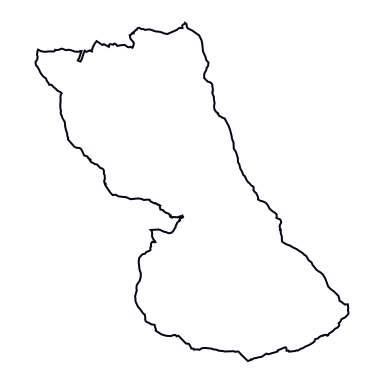 Otesani, Vâlcea, Romania (Mercator projection)
{"feature_id": "2599482B27410059128646", "entity_name": "Otesani", "entity_type": "district", "adm_level": 2, "iso_a3": "ROU", "parent_name": "Romania", "parent_adm1": "Vâlcea", "projection": "mercator", "projection_center": [24.032, 45.056], "detail": "fine", "context": "isolated", "style": "outline", "palette": "ink", "viewbox_px": 384, "rotation_deg": 0, "n_neighbors": 0, "source": "geoboundaries", "source_scale": "gbopen_adm2", "svg_char_len": 5885}
<svg xmlns="http://www.w3.org/2000/svg" viewBox="0 0 384 384"><path d="M348.5,312.9L347.9,309.8L348.3,308.6L347.8,304.3L344.8,304.5L341.5,301.9L339.4,300.7L339.3,298.7L338.3,295.8L334.3,291.8L330.3,288.7L328.2,286.5L325.3,278.6L322.9,274.5L320.4,272.4L317.2,270.4L316.1,269.4L312.5,264.8L311.6,262.5L308.4,260.0L307.0,257.1L305.8,255.7L304.1,254.7L303.4,253.7L296.6,249.1L292.5,247.2L290.4,245.8L286.2,244.2L282.3,241.9L282.0,241.3L281.9,239.6L281.8,236.3L280.9,233.8L280.6,231.5L280.8,230.8L280.1,230.1L280.6,229.7L280.1,229.3L280.3,228.8L279.8,227.3L279.6,226.3L280.0,224.8L281.1,222.7L281.1,221.7L280.5,220.0L280.0,219.4L276.3,217.8L276.7,216.6L276.6,214.4L275.6,213.3L271.9,210.8L269.4,208.5L268.5,206.4L266.6,203.6L265.0,202.3L261.9,201.1L260.0,200.7L258.0,199.3L258.1,197.6L257.2,195.1L256.4,193.9L256.3,193.2L254.4,191.6L253.4,190.1L253.7,187.7L253.6,187.0L250.7,184.9L249.4,183.1L248.4,182.5L246.5,180.0L244.9,176.2L243.5,175.3L241.8,171.2L240.3,168.6L239.2,164.0L238.3,162.9L237.9,161.1L237.9,158.2L236.4,153.3L235.8,151.7L233.8,148.7L233.5,142.4L232.1,139.0L231.5,135.5L230.1,129.9L228.2,124.9L227.4,123.7L224.7,118.5L222.5,117.8L221.7,117.1L219.0,115.8L218.3,114.2L217.9,114.0L218.1,113.6L217.8,113.0L216.2,112.0L214.6,109.8L214.0,106.6L214.6,103.1L214.0,100.1L213.9,97.1L212.3,93.1L212.4,92.0L212.6,92.0L212.7,91.2L212.9,89.2L212.3,86.3L212.3,84.7L211.5,83.3L210.6,82.9L209.9,82.2L207.8,81.7L204.2,78.1L204.2,74.2L204.5,73.3L206.4,69.6L206.7,67.8L208.0,66.1L208.4,63.7L208.4,62.4L206.3,60.2L205.3,56.5L203.0,51.4L202.4,45.2L201.7,40.7L199.2,35.5L192.3,30.6L187.7,28.3L186.8,26.6L186.6,24.4L186.2,23.7L185.2,23.0L185.2,23.7L183.7,24.2L182.1,25.6L182.5,28.1L179.4,27.9L176.4,30.1L167.4,34.0L164.0,33.4L161.9,32.4L158.9,31.7L155.5,31.4L150.1,29.5L148.7,29.4L145.1,29.9L143.1,29.0L141.5,29.1L139.2,27.8L137.5,28.2L136.8,29.8L135.4,30.1L135.2,30.8L134.1,31.6L133.7,33.1L132.9,32.6L132.4,32.7L132.3,33.7L131.6,33.8L131.2,34.5L129.7,35.2L130.5,38.8L133.7,42.5L133.7,44.6L132.8,47.3L132.4,47.8L130.5,46.8L129.0,47.3L127.9,47.1L124.7,45.0L121.7,45.1L117.2,45.9L116.1,44.4L114.3,43.6L113.1,44.8L112.4,44.4L109.6,44.2L109.1,45.2L108.8,46.8L103.9,44.2L102.4,45.0L96.6,41.1L94.4,44.1L93.9,45.4L92.9,46.9L92.7,48.2L92.1,49.4L91.8,50.8L91.9,51.4L90.7,51.0L90.0,50.3L86.4,51.9L84.7,50.7L83.9,52.5L81.9,58.8L80.5,61.5L79.3,61.3L77.8,60.4L79.2,58.0L81.5,51.0L79.9,51.1L79.0,51.8L75.0,51.6L70.7,50.1L68.0,49.7L66.3,50.2L61.6,48.6L58.8,49.8L56.1,50.1L55.2,49.8L54.8,50.9L53.7,51.5L48.5,51.4L45.8,51.8L44.0,51.8L40.8,51.1L38.1,49.6L37.5,51.2L37.0,54.4L37.0,55.0L37.6,56.2L37.5,58.1L37.1,59.8L35.5,62.0L35.7,64.0L36.2,65.6L37.2,66.4L39.1,69.6L39.7,71.2L41.3,74.1L43.3,76.5L45.9,78.4L47.1,81.3L48.4,82.9L49.3,84.9L50.6,84.6L51.8,85.1L53.5,87.0L56.3,89.3L57.3,90.6L60.1,91.9L61.7,93.2L60.8,94.8L60.4,97.2L60.6,98.9L60.5,102.7L60.2,104.1L60.4,105.6L60.3,107.8L61.0,111.2L60.6,112.9L61.2,114.9L62.0,116.2L62.3,117.8L64.8,122.1L65.1,126.0L65.8,129.4L67.2,133.7L67.4,136.4L68.2,137.9L68.0,138.8L68.1,139.6L74.4,146.8L76.1,147.6L79.7,148.1L80.9,148.8L82.7,152.0L84.0,155.3L87.5,156.6L88.2,158.1L88.8,158.6L89.7,158.8L90.5,159.8L89.8,160.2L91.1,162.1L93.4,163.1L94.6,164.0L97.1,164.5L100.1,167.8L102.1,168.5L103.4,169.5L103.9,170.7L103.9,173.7L104.8,175.7L104.7,177.1L104.9,178.6L104.1,181.2L104.2,181.8L105.2,183.2L104.7,183.1L104.7,183.5L105.4,185.3L110.2,192.5L112.7,195.1L115.7,194.7L118.5,196.4L126.1,197.2L130.6,199.2L138.4,198.4L141.6,199.0L143.9,200.0L147.3,199.6L149.6,199.8L149.7,200.5L151.2,201.8L154.9,203.5L155.5,203.1L158.0,204.8L158.6,204.7L160.2,205.6L159.7,206.0L160.3,209.4L163.1,210.2L163.2,210.7L165.8,212.7L168.6,213.6L169.9,215.2L170.6,215.2L170.7,215.5L170.2,216.1L170.7,216.4L170.4,216.8L171.0,217.2L171.3,216.7L172.4,217.6L173.1,217.0L177.8,217.3L178.7,217.1L179.2,216.6L180.3,216.5L180.5,216.2L181.6,216.3L182.4,215.6L183.1,217.1L181.8,217.9L179.8,218.0L180.1,218.7L179.7,219.4L180.1,220.0L178.9,221.0L179.1,221.3L178.3,221.6L176.9,223.2L176.6,224.5L175.8,225.4L175.6,227.4L174.6,228.4L174.4,229.2L172.8,231.6L171.3,232.7L169.8,233.2L168.5,233.2L166.0,232.1L163.0,231.4L160.9,230.2L158.7,229.5L150.7,230.0L151.8,231.3L152.2,233.5L152.0,235.8L152.4,237.4L153.2,239.0L155.2,241.5L155.4,242.1L154.0,242.3L152.5,241.7L152.0,242.0L151.0,243.8L150.9,245.4L151.2,246.5L150.6,247.1L150.3,247.9L150.5,249.9L150.1,250.5L146.4,252.0L145.1,253.6L142.4,254.4L139.9,256.9L139.1,258.3L138.8,260.2L138.7,262.8L139.1,265.1L139.3,268.4L139.8,270.7L140.8,273.1L140.7,277.2L139.7,280.8L137.3,284.2L136.7,285.7L136.4,288.4L136.8,290.1L135.1,296.4L135.5,298.5L135.4,300.8L136.0,302.4L138.0,306.8L140.1,309.1L143.4,313.8L144.9,314.6L144.9,316.0L145.3,317.6L145.2,319.7L145.7,321.1L146.7,322.0L149.0,322.9L151.2,324.3L154.6,324.9L155.2,327.6L156.0,329.4L155.6,330.4L155.9,330.9L161.5,334.4L166.2,335.8L170.6,336.1L174.3,334.9L175.4,335.0L176.6,336.3L178.4,335.7L186.0,343.5L188.9,343.9L190.1,345.7L191.3,348.5L193.6,348.7L193.8,349.6L197.4,349.4L199.6,349.8L200.5,349.0L202.5,348.1L204.9,347.9L212.1,348.7L213.3,349.4L215.9,349.6L217.8,350.1L218.5,350.7L222.6,351.0L224.6,351.5L233.4,351.2L235.2,351.8L238.1,351.5L238.5,351.6L241.1,354.5L247.8,361.0L251.3,359.8L251.2,359.3L252.6,359.2L254.3,358.1L255.8,358.2L258.5,357.3L261.1,357.0L262.7,356.2L266.1,353.7L266.9,353.7L268.1,354.3L277.1,351.7L277.7,351.3L277.7,350.4L285.3,347.2L286.2,347.7L286.6,350.8L288.7,350.6L289.1,351.0L289.1,351.5L291.4,351.5L293.1,351.1L294.9,351.1L296.3,350.4L297.8,350.6L301.4,348.5L302.8,348.2L304.9,346.8L309.5,344.8L313.2,342.5L314.8,340.9L314.7,339.9L315.2,339.2L318.0,338.4L318.9,337.4L320.5,336.3L322.7,335.4L323.1,335.8L324.0,335.1L325.5,334.7L326.3,335.0L327.0,335.7L328.0,335.4L328.3,335.1L328.2,334.6L329.2,333.5L333.2,330.8L335.3,328.6L337.2,327.8L339.1,325.9L339.2,324.7L338.6,323.2L340.2,321.9L341.4,319.3L345.1,317.4L347.8,314.7L348.3,313.9L348.5,312.9Z" fill="none" stroke="#020617" stroke-width="2"/></svg>